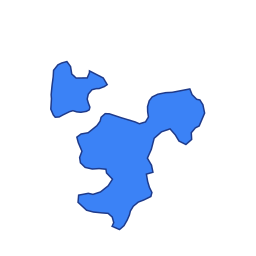 Dalseong-gun, North Gyeongsang, South Korea, rotated 334°
{"feature_id": "91817680B33489673734556", "entity_name": "Dalseong-gun", "entity_type": "district", "adm_level": 2, "iso_a3": "KOR", "parent_name": "South Korea", "parent_adm1": "North Gyeongsang", "projection": "robinson", "projection_center": [128.491, 35.771], "detail": "fine", "context": "isolated", "style": "filled", "palette": "blue", "viewbox_px": 256, "rotation_deg": 334, "n_neighbors": 0, "source": "geoboundaries", "source_scale": "gbopen_adm2", "svg_char_len": 1534}
<svg xmlns="http://www.w3.org/2000/svg" viewBox="0 0 256 256"><g transform="rotate(334 128 128)"><path d="M200.7,120.0L183.3,115.3L177.5,112.8L169.6,110.7L165.4,110.7L163.3,110.7L159.1,112.8L158.6,113.3L154.9,117.4L152.8,122.0L151.2,127.1L146.4,130.2L140.1,129.2L137.0,125.6L126.4,115.8L117.5,107.1L113.8,105.1L109.5,106.3L108.5,106.6L105.9,109.7L101.1,112.3L90.1,114.8L83.2,112.8L78.0,113.8L76.9,119.4L76.4,128.7L71.6,133.3L70.0,138.4L72.2,144.6L77.9,149.2L84.3,151.8L90.1,155.4L89.0,159.0L91.6,167.2L84.8,171.3L75.3,173.4L67.4,172.3L63.7,169.3L54.2,166.7L50.5,172.9L54.7,183.7L60.0,188.3L67.4,192.9L72.7,196.0L74.8,201.1L73.7,206.8L70.6,209.4L75.5,215.1L75.8,215.5L76.9,215.3L81.6,214.0L86.9,210.4L91.1,206.8L93.7,203.7L98.5,200.6L104.8,199.1L110.6,199.6L118.5,199.6L121.2,196.5L121.2,190.9L122.2,184.7L124.3,177.5L131.0,178.7L131.2,178.0L132.8,171.8L132.2,163.6L139.6,157.4L147.0,148.7L156.5,146.1L165.4,147.2L167.5,154.9L168.1,162.1L172.8,168.2L180.2,166.2L182.8,160.0L188.6,157.4L192.8,157.4L203.4,148.2L205.5,140.0L204.9,134.3L202.3,132.3L200.2,126.1L200.7,120.0ZM78.5,56.3L73.5,64.4L72.0,68.2L66.9,77.2L66.6,83.5L67.3,86.4L71.0,87.9L75.3,87.7L82.6,87.7L86.1,88.3L89.1,91.1L92.5,93.2L97.9,94.8L100.6,94.7L101.2,94.6L102.9,92.5L103.3,88.1L104.0,84.1L107.2,80.1L112.4,77.8L116.7,78.7L119.3,79.9L124.9,80.4L128.3,79.9L127.7,72.3L127.7,72.2L118.4,59.8L117.5,61.5L113.3,65.1L103.3,60.4L101.1,54.8L103.3,47.6L102.2,41.5L96.9,40.5L92.7,40.5L86.4,43.5L83.2,49.2L78.5,56.3Z" fill="#3b82f6" stroke="#1e3a8a" stroke-width="1.5"/></g></svg>